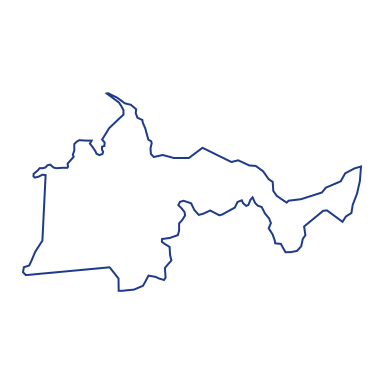 Bambari, Ouaka, Central African Republic
{"feature_id": "33826404B32260495393800", "entity_name": "Bambari", "entity_type": "district", "adm_level": 2, "iso_a3": "CAF", "parent_name": "Central African Republic", "parent_adm1": "Ouaka", "projection": "orthographic", "projection_center": [21.01, 5.752], "detail": "fine", "context": "isolated", "style": "outline", "palette": "blue", "viewbox_px": 384, "rotation_deg": 0, "n_neighbors": 0, "source": "geoboundaries", "source_scale": "gbopen_adm2", "svg_char_len": 2077}
<svg xmlns="http://www.w3.org/2000/svg" viewBox="0 0 384 384"><path d="M361.0,166.5L354.5,168.4L345.2,173.3L340.7,181.3L325.8,187.7L321.9,192.5L301.0,199.2L288.6,200.7L286.6,202.6L276.7,195.8L273.3,190.9L272.7,181.9L268.7,179.2L263.1,171.3L255.7,165.9L249.4,165.5L238.2,160.3L231.4,162.0L202.5,147.8L188.9,158.0L173.9,158.0L162.7,155.0L153.8,157.0L150.9,153.9L150.5,148.2L151.7,143.1L151.2,141.3L148.4,139.7L147.4,136.3L145.3,128.5L142.7,122.5L142.4,120.0L137.4,117.7L135.7,113.0L136.2,109.3L130.9,104.8L124.8,103.3L117.2,97.7L108.0,93.2L106.8,93.5L118.9,102.5L121.3,106.1L123.4,110.0L123.5,114.6L119.8,118.0L109.2,128.1L102.1,139.6L104.6,142.4L104.4,146.0L102.0,146.7L102.0,149.5L103.1,151.9L102.4,154.0L99.4,155.1L96.5,153.7L95.4,151.2L92.4,146.8L89.9,143.6L91.6,140.6L86.2,140.6L79.3,140.2L76.8,141.6L74.3,144.1L74.3,150.4L72.8,154.9L73.7,156.8L67.6,163.6L68.0,166.8L67.4,167.8L62.2,167.8L56.9,168.2L54.2,167.8L52.0,166.3L50.3,164.6L47.4,165.3L45.5,167.5L42.6,168.2L39.6,168.2L37.7,170.5L33.6,173.9L33.5,176.4L34.8,177.6L38.8,176.6L42.3,174.7L45.6,175.1L42.4,240.6L35.1,252.0L31.4,260.9L29.2,265.5L23.9,267.2L23.0,272.2L25.9,275.1L109.6,267.3L118.5,278.5L118.7,290.8L122.0,290.8L134.0,289.6L142.9,285.8L145.0,282.3L148.5,275.6L155.7,276.9L159.0,278.5L164.0,280.0L165.6,277.5L164.9,268.1L167.7,264.6L171.4,260.5L170.1,255.2L169.6,246.9L165.1,244.2L161.9,241.9L162.0,239.0L169.6,238.0L177.9,235.1L179.1,230.5L179.1,223.4L182.0,220.3L185.1,215.5L184.5,212.0L181.4,208.1L178.3,205.1L180.0,201.8L183.7,200.8L191.1,203.3L194.4,210.1L198.8,214.9L203.3,213.7L210.2,210.5L219.3,215.3L222.2,214.5L234.8,207.6L237.5,202.0L241.8,200.3L242.9,203.0L246.2,205.9L248.4,204.9L250.5,199.7L252.6,197.4L255.1,203.0L257.8,205.7L261.7,207.0L265.0,213.5L269.1,218.5L270.9,223.1L268.7,228.3L272.6,234.4L274.8,240.6L275.2,243.3L280.9,243.9L283.2,248.2L285.5,252.2L291.0,252.1L297.0,250.9L301.2,246.3L302.8,238.9L305.4,235.2L304.1,226.5L323.2,210.8L327.0,210.4L342.5,221.8L345.9,216.5L351.4,213.0L352.7,204.9L357.0,193.7L359.9,180.9L361.0,166.5Z" fill="none" stroke="#1e3a8a" stroke-width="2"/></svg>